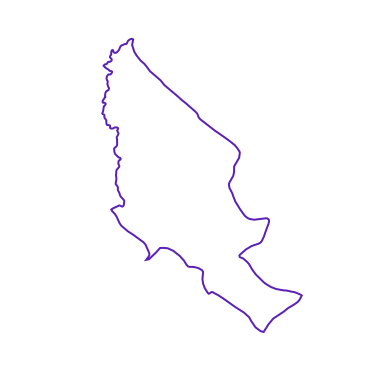 outline of San Pedro Jocopilas, Quiché, Guatemala, rotated 39°
{"feature_id": "79465075B58420470493896", "entity_name": "San Pedro Jocopilas", "entity_type": "district", "adm_level": 2, "iso_a3": "GTM", "parent_name": "Guatemala", "parent_adm1": "Quiché", "projection": "natural_earth1", "projection_center": [-91.208, 15.163], "detail": "fine", "context": "isolated", "style": "outline", "palette": "violet", "viewbox_px": 384, "rotation_deg": 39, "n_neighbors": 0, "source": "geoboundaries", "source_scale": "gbopen_adm2", "svg_char_len": 4105}
<svg xmlns="http://www.w3.org/2000/svg" viewBox="0 0 384 384"><g transform="rotate(39 192 192)"><path d="M335.8,255.7L335.6,254.4L335.2,250.8L335.0,249.1L334.7,247.0L334.8,239.3L338.7,226.8L339.7,221.8L342.3,214.8L343.4,210.7L343.4,207.8L342.4,203.3L340.7,203.5L335.2,205.1L331.7,207.0L327.8,208.9L324.6,211.1L318.3,214.5L313.3,216.1L310.2,216.6L306.4,217.0L304.6,217.0L303.4,216.9L293.4,215.9L287.6,214.4L281.6,212.1L278.3,211.6L273.4,211.5L270.4,212.5L269.6,212.3L268.8,211.5L268.7,210.7L270.1,202.6L272.3,196.6L273.8,194.1L276.1,190.6L277.1,188.2L277.1,186.4L276.0,181.5L274.5,177.5L272.7,172.4L271.6,168.8L270.9,167.4L270.2,166.0L268.9,165.1L266.9,165.2L265.8,166.1L265.3,166.6L257.8,174.4L253.5,176.8L251.1,177.3L247.7,177.2L240.1,175.1L231.8,172.2L227.5,169.8L224.0,167.6L218.6,165.3L216.0,163.0L215.1,161.0L213.9,153.5L212.1,150.0L208.6,145.5L207.3,137.0L207.1,135.8L204.6,131.6L203.7,130.8L199.9,129.5L195.9,128.7L189.4,128.7L187.5,128.8L180.1,129.2L171.6,129.9L152.6,130.3L150.2,129.8L149.2,129.2L148.2,128.6L146.8,127.8L144.1,127.4L130.9,126.9L126.4,127.0L121.8,126.7L103.3,126.3L97.4,125.0L83.5,124.6L77.7,123.1L74.5,122.4L69.2,122.2L62.7,120.7L59.1,119.4L55.6,117.2L52.9,115.4L50.3,110.5L49.4,110.5L48.7,111.0L48.2,111.7L47.8,112.3L47.6,112.9L47.3,114.1L47.2,115.1L47.3,115.7L47.7,117.0L47.9,117.9L47.5,118.6L46.9,119.2L46.3,120.0L46.1,120.5L45.8,121.1L45.5,121.6L45.0,122.3L44.9,123.0L44.9,123.6L44.9,124.1L45.0,124.7L45.2,125.6L45.6,126.4L45.8,127.3L45.8,129.6L45.7,130.4L45.6,131.1L45.1,131.8L44.3,132.5L43.5,132.7L42.8,132.5L42.2,132.0L41.6,131.6L41.0,131.6L40.6,132.3L40.6,132.9L41.1,133.8L41.5,134.5L41.8,135.0L42.5,135.7L42.8,136.3L42.7,137.0L43.0,138.3L43.5,138.9L44.0,139.0L44.8,139.2L45.7,139.3L46.2,139.5L46.6,140.1L46.8,140.8L46.6,141.7L46.2,142.5L45.8,142.9L45.2,143.3L44.9,144.1L45.0,144.6L45.1,145.4L45.1,146.4L44.5,147.1L44.0,147.7L43.8,148.6L43.9,149.6L47.1,149.9L48.7,149.6L50.0,149.4L50.9,149.6L51.6,149.6L52.2,149.5L52.7,149.2L53.5,148.8L54.1,148.8L54.5,149.2L54.7,149.9L54.7,151.7L54.3,152.3L54.0,152.6L53.4,152.9L53.0,153.4L53.0,154.9L53.2,155.9L54.3,157.8L55.5,158.5L56.7,158.9L57.6,160.0L58.1,161.2L60.3,162.7L62.2,163.6L62.6,164.3L62.9,165.4L62.6,166.4L62.1,167.2L62.1,168.2L62.3,169.4L64.3,172.7L64.8,172.7L65.1,176.7L65.4,177.7L66.0,178.4L66.7,178.6L67.5,177.9L68.2,177.6L68.9,177.6L69.4,177.8L69.7,178.4L69.8,179.1L69.6,181.0L72.1,185.2L72.5,186.4L72.8,187.3L73.5,187.6L74.3,187.4L74.8,187.3L75.3,187.3L76.0,187.9L76.3,188.5L77.6,189.5L79.1,189.8L80.4,190.3L81.5,191.7L82.8,192.9L83.7,193.3L84.9,192.6L86.2,192.0L86.8,192.2L87.2,192.8L88.1,193.8L88.8,193.8L89.6,193.3L90.5,192.5L90.8,191.8L91.1,190.8L92.2,189.7L93.1,189.0L94.2,188.9L94.7,189.3L95.0,190.3L95.1,191.3L96.4,192.0L97.6,192.5L98.1,192.9L98.4,193.6L99.0,196.8L100.6,198.2L104.1,202.4L104.4,203.1L104.5,204.3L104.3,205.4L104.2,206.1L104.1,206.8L104.2,207.3L106.3,209.5L107.3,210.3L108.5,210.9L113.1,211.3L113.9,211.0L114.9,210.7L115.6,211.0L115.9,211.5L115.9,212.2L115.6,212.8L115.5,213.4L115.5,214.2L116.1,215.2L117.0,216.4L118.0,216.9L119.1,217.5L119.4,217.9L119.6,218.4L119.5,221.9L119.9,223.2L120.4,224.0L121.1,224.8L122.4,226.9L124.0,228.3L125.2,229.6L126.5,232.0L127.2,233.2L128.1,234.0L129.5,234.2L130.7,234.6L131.6,235.1L133.0,237.0L134.5,237.8L135.9,238.3L137.9,239.7L139.6,240.5L143.6,241.0L145.1,241.7L147.2,245.0L147.4,246.4L146.9,247.3L144.3,248.0L143.8,248.5L141.0,254.2L140.3,256.4L142.2,257.2L145.9,257.6L149.1,258.7L155.3,261.8L158.3,262.7L167.1,262.9L173.4,262.2L186.1,261.6L189.2,262.2L194.1,264.8L197.1,266.3L198.6,267.9L198.9,269.0L199.1,273.5L200.9,271.3L202.1,261.6L202.4,255.7L204.8,253.5L208.6,251.0L214.4,249.5L222.8,249.4L226.4,250.0L228.7,250.3L233.5,252.0L235.6,252.3L236.6,252.0L237.6,251.5L239.1,250.1L242.0,248.4L244.8,247.1L248.4,246.5L249.5,246.6L251.0,247.2L254.9,253.1L258.4,256.3L262.5,258.7L267.7,260.5L269.1,260.5L270.0,258.1L270.2,257.4L270.6,257.1L271.7,256.7L273.2,256.5L277.3,255.7L285.9,254.9L287.7,254.8L297.8,254.2L306.5,253.2L307.9,253.0L315.3,253.4L319.1,255.0L326.5,257.2L332.8,257.0L335.8,255.7Z" fill="none" stroke="#5b21b6" stroke-width="2"/></g></svg>